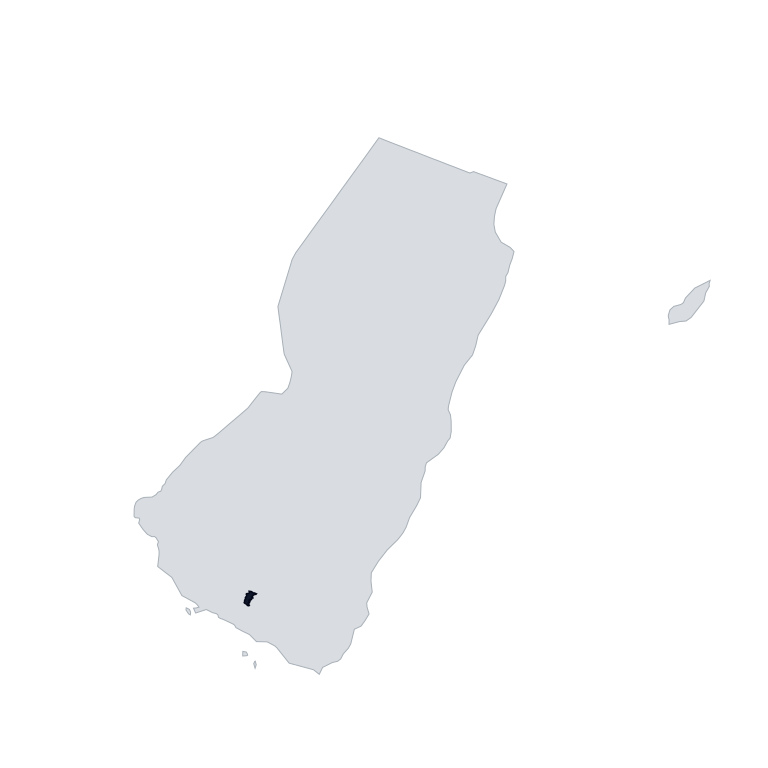 Al Jabin, Raymah, Yemen (highlighted), rotated 314°
{"feature_id": "15242507B10739648902482", "entity_name": "Al Jabin", "entity_type": "district", "adm_level": 2, "iso_a3": "YEM", "parent_name": "Yemen", "parent_adm1": "Raymah", "projection": "mercator", "projection_center": [43.599, 14.69], "detail": "fine", "context": "in_parent", "style": "filled", "palette": "ink", "viewbox_px": 768, "rotation_deg": 314, "n_neighbors": 0, "source": "geoboundaries", "source_scale": "gbopen_adm2", "svg_char_len": 4994}
<svg xmlns="http://www.w3.org/2000/svg" viewBox="0 0 768 768"><g transform="rotate(314 384 384)"><path d="M613.3,333.5L588.0,342.8L581.3,347.0L575.2,352.1L570.6,358.5L567.4,369.8L569.9,380.0L569.6,385.5L563.1,389.2L557.0,391.8L550.2,395.8L546.0,396.8L542.6,400.0L538.7,402.2L524.6,408.0L509.1,412.4L484.5,417.8L475.0,423.5L466.4,427.5L453.3,428.7L435.3,434.2L425.3,438.6L412.8,445.8L410.1,448.0L407.9,453.3L404.1,457.9L396.6,465.3L391.0,469.1L387.2,469.4L379.9,471.4L371.3,471.9L356.8,469.3L353.1,471.1L350.0,474.0L338.9,479.1L327.5,489.3L319.2,492.0L305.7,495.2L296.3,499.4L290.0,501.1L281.9,502.0L266.9,501.6L252.6,503.1L239.4,506.0L233.2,511.5L226.1,520.1L214.5,523.6L211.8,526.7L208.2,533.0L200.7,534.7L194.0,535.7L187.0,533.0L174.0,540.6L169.1,541.9L161.6,542.2L156.2,543.8L152.4,543.3L147.7,540.3L137.5,536.7L130.2,539.1L129.5,531.8L117.3,509.7L119.8,490.4L119.8,487.7L117.4,479.1L110.1,471.2L110.3,461.2L107.9,454.0L105.9,446.7L106.6,444.7L106.7,442.9L102.9,431.6L101.7,429.3L101.2,426.9L102.5,425.1L102.4,423.0L100.4,419.5L98.3,412.8L88.4,407.6L90.4,402.7L92.3,404.4L95.0,405.9L95.5,402.7L95.5,400.4L91.4,385.6L97.5,365.8L95.5,348.0L104.9,340.8L107.3,338.6L108.7,336.7L110.9,332.7L113.9,331.3L115.0,327.1L114.9,324.9L112.9,323.1L111.5,318.1L112.0,311.7L112.5,309.1L113.5,304.2L116.8,302.4L117.5,301.0L115.0,297.9L115.2,296.1L120.8,290.9L123.0,289.4L126.6,287.8L129.5,287.8L132.8,288.7L135.7,290.2L138.5,292.8L141.5,295.7L146.1,296.9L149.2,296.6L151.8,297.9L153.9,297.2L156.4,295.6L160.3,295.7L163.8,294.0L173.8,293.2L183.5,293.7L193.5,292.3L203.6,292.4L213.7,292.5L216.0,292.7L218.2,293.6L226.8,298.2L233.2,299.1L246.3,300.3L260.2,301.7L272.3,302.8L282.5,301.7L291.0,300.9L293.3,301.0L295.8,303.8L300.9,310.8L305.7,317.5L314.2,317.8L319.6,315.3L325.6,311.8L329.2,309.1L333.4,298.4L336.2,291.4L342.4,283.5L347.6,277.0L354.6,268.3L358.4,263.4L366.0,253.9L373.2,250.2L387.2,243.0L400.9,236.0L409.8,231.4L417.3,229.3L430.1,227.5L445.0,225.3L460.0,223.2L475.9,221.0L493.7,218.4L505.8,216.7L521.3,214.5L534.3,212.7L545.7,211.0L557.6,209.3L559.8,214.7L562.0,220.0L564.2,225.3L566.5,230.6L568.7,235.9L570.9,241.2L573.2,246.5L575.4,251.8L577.6,257.1L579.8,262.4L582.1,267.6L584.3,272.9L586.5,278.2L588.8,283.5L591.0,288.8L593.2,294.0L595.4,299.2L599.0,300.9L601.1,305.8L604.2,312.7L607.2,319.6L610.3,326.6L613.3,333.5ZM647.4,542.3L650.5,542.9L655.3,541.1L668.8,540.9L685.1,546.6L682.0,548.1L680.2,550.2L673.0,552.1L665.9,556.5L645.2,558.7L639.1,557.5L634.2,553.2L624.9,547.6L628.6,544.1L629.4,542.5L630.7,540.9L636.0,538.2L641.2,538.6L647.4,542.3ZM94.9,473.2L94.2,474.3L93.3,474.1L90.2,471.3L93.6,468.2L95.5,471.1L94.9,473.2ZM85.0,403.9L83.4,405.1L82.9,403.1L83.9,398.5L85.6,397.2L86.7,400.6L86.0,402.4L85.0,403.9ZM93.3,487.1L90.0,488.7L92.3,484.6L94.6,483.7L95.2,483.9L93.3,487.1Z" fill="#d9dde1" stroke="#a8b0b8" stroke-width="1"/><path d="M129.6,435.5L129.7,435.9L129.6,436.1L129.6,436.3L129.6,436.5L129.7,436.8L129.8,437.1L129.9,437.4L130.0,437.7L130.0,437.8L130.0,438.0L130.0,438.4L130.0,438.8L129.8,439.3L129.8,439.5L130.0,439.9L130.0,440.0L130.1,440.3L130.3,440.5L130.5,440.7L130.6,440.8L130.8,440.9L131.1,440.9L131.3,440.9L131.4,440.5L131.4,440.4L131.4,440.1L131.5,439.7L131.6,439.4L131.7,439.1L131.9,439.1L132.2,439.1L132.3,439.1L132.6,439.1L132.9,439.2L133.0,439.2L133.3,439.2L133.4,438.8L133.3,438.6L133.2,438.5L133.3,438.5L133.2,438.2L133.3,438.0L133.5,437.9L133.7,438.0L133.8,438.0L133.9,438.3L134.1,438.3L134.3,438.4L134.3,438.5L134.5,438.5L134.8,438.5L134.9,438.4L135.1,438.2L135.0,437.8L134.9,437.8L134.9,437.7L134.7,437.6L134.5,437.3L134.5,437.2L134.8,437.0L135.0,437.1L135.3,437.1L135.5,437.2L135.6,437.3L135.6,437.5L135.8,437.8L136.0,437.9L136.0,438.0L136.3,438.2L136.5,438.2L136.6,438.3L136.8,438.3L137.0,438.3L137.4,438.2L137.5,438.0L137.6,437.9L137.8,437.9L138.0,437.9L138.3,437.9L138.6,438.0L138.8,438.1L139.0,438.3L139.2,438.0L138.8,436.9L139.3,436.8L139.7,436.7L140.1,436.7L140.4,436.7L140.4,436.8L140.7,436.7L141.0,436.7L141.3,436.6L141.5,436.7L141.7,436.8L142.0,436.9L142.3,437.0L142.5,437.1L143.0,437.4L143.4,437.7L143.5,437.8L143.7,438.0L143.8,438.0L144.2,437.9L144.4,437.9L144.2,437.5L144.2,437.4L144.2,437.1L143.7,436.2L143.6,435.8L143.4,435.7L143.1,435.6L142.9,435.5L142.9,435.2L142.9,434.9L142.9,434.6L142.9,434.3L142.8,434.1L142.7,433.5L142.7,433.4L142.6,433.1L142.5,432.6L142.3,432.4L141.7,431.5L141.2,430.9L140.6,431.8L140.4,432.0L140.2,432.2L140.0,432.3L139.8,432.3L139.6,432.3L139.4,432.1L139.1,431.9L138.7,431.6L137.9,430.9L137.4,430.8L137.1,431.2L137.0,431.3L136.9,431.3L136.8,431.6L136.6,431.9L136.5,432.1L136.2,432.3L135.9,432.5L135.7,432.5L135.4,432.5L135.0,432.5L134.9,432.5L134.6,432.7L134.4,432.7L134.2,432.7L133.9,432.7L133.7,432.9L133.6,433.0L133.6,433.6L133.4,433.8L133.2,433.8L132.8,433.8L132.4,433.9L132.2,433.8L131.9,433.9L131.7,433.9L131.5,434.0L131.5,434.3L131.4,434.4L131.2,434.5L130.8,434.8L130.7,434.8L130.4,434.9L130.3,435.0L130.1,435.1L129.9,435.3L129.7,435.5L129.6,435.5Z" fill="#0f172a" stroke="#020617" stroke-width="1.5"/></g></svg>